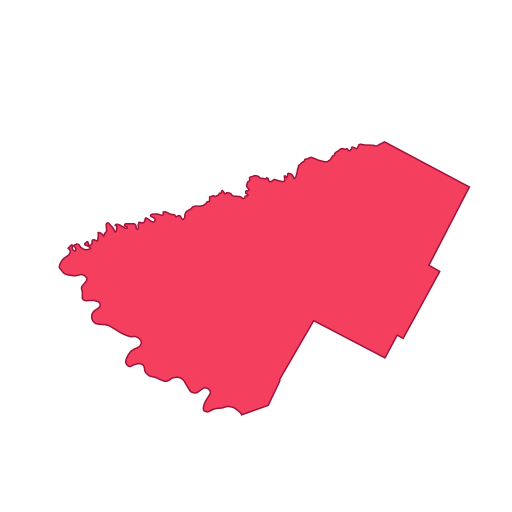 Laishi, Formosa, Argentina, rotated 118°
{"feature_id": "61730980B73783012017414", "entity_name": "Laishi", "entity_type": "district", "adm_level": 2, "iso_a3": "ARG", "parent_name": "Argentina", "parent_adm1": "Formosa", "projection": "robinson", "projection_center": [-58.523, -26.515], "detail": "fine", "context": "isolated", "style": "filled", "palette": "rose", "viewbox_px": 512, "rotation_deg": 118, "n_neighbors": 0, "source": "geoboundaries", "source_scale": "gbopen_adm2", "svg_char_len": 6162}
<svg xmlns="http://www.w3.org/2000/svg" viewBox="0 0 512 512"><g transform="rotate(118 256 256)"><path d="M335.4,425.0L337.3,425.5L337.5,424.8L337.8,423.7L338.5,422.7L339.3,422.1L340.2,421.7L342.9,421.8L347.9,424.3L350.1,425.1L353.0,425.3L355.1,425.3L356.7,425.0L358.5,424.3L359.4,422.5L361.2,418.3L361.5,416.2L361.0,413.2L360.5,411.9L359.3,408.3L358.2,406.0L355.0,402.4L354.5,401.7L353.8,399.4L353.8,398.3L354.1,397.1L354.6,395.8L355.2,394.8L356.1,394.4L357.3,394.1L360.1,394.5L362.6,395.1L364.8,395.4L365.9,395.2L367.0,394.6L369.1,392.6L371.0,391.5L374.6,389.7L375.2,389.0L375.5,388.3L375.7,387.6L375.7,386.6L375.5,385.7L375.3,385.0L373.7,382.6L371.4,378.4L370.4,373.6L370.9,372.1L371.4,371.2L372.4,370.6L373.9,370.2L375.1,370.4L376.8,371.1L380.6,373.2L383.0,373.5L385.0,373.3L387.3,372.3L388.9,371.0L389.8,369.7L390.6,367.7L390.9,366.3L390.7,365.0L390.3,363.7L389.5,361.5L387.4,356.8L386.8,354.5L386.5,352.6L387.2,340.9L387.3,337.9L386.9,332.6L386.0,328.5L384.4,326.0L383.7,324.6L383.5,323.0L383.6,320.9L384.0,319.6L384.9,317.8L385.9,316.9L386.9,316.3L389.1,316.2L390.8,316.5L392.8,317.8L395.3,319.9L399.0,321.8L403.2,322.4L405.5,322.4L408.5,322.1L410.4,321.5L411.9,320.3L412.4,319.4L412.9,318.4L413.1,316.9L413.0,316.2L412.7,315.3L412.0,314.5L410.7,313.7L409.1,312.5L406.4,309.6L405.2,306.9L405.2,304.9L405.8,303.4L406.9,302.3L409.8,300.1L410.8,298.5L411.7,295.4L411.9,294.4L411.8,293.2L410.4,287.6L409.8,279.5L409.4,277.7L409.0,276.7L408.2,275.8L407.1,274.8L404.3,273.3L402.4,272.0L400.2,269.1L399.2,266.1L399.2,263.9L399.6,262.1L400.3,260.5L403.1,256.0L405.9,251.3L406.4,250.1L406.4,248.3L406.1,246.9L405.5,245.4L404.4,243.9L397.1,240.3L396.2,238.9L395.8,237.8L395.7,236.5L396.0,234.6L396.6,233.2L397.8,232.2L399.8,231.8L408.2,232.5L411.5,232.1L414.1,231.5L415.9,230.7L416.9,229.5L417.1,228.8L417.0,227.5L416.7,226.4L416.4,225.7L415.9,225.0L410.8,221.2L408.8,218.8L406.9,215.8L405.6,214.0L402.9,211.4L401.9,210.0L401.1,207.7L400.5,205.7L400.4,203.6L400.6,201.4L401.6,196.6L402.5,194.7L403.0,194.1L382.1,175.1L355.5,176.3L353.2,177.2L286.0,174.7L285.4,94.3L259.6,94.2L259.7,87.4L183.4,86.5L183.0,99.0L94.9,100.0L94.9,196.1L98.7,198.7L99.5,199.5L101.3,200.3L102.4,201.2L102.7,201.5L102.8,201.9L102.8,203.2L103.1,203.9L103.7,205.5L104.9,208.1L106.6,211.3L107.1,212.7L108.2,216.1L109.3,217.3L113.3,217.2L114.3,217.8L114.2,219.9L114.5,221.8L115.0,222.4L116.9,222.1L117.6,222.1L118.7,222.5L119.2,223.0L119.4,223.8L118.6,225.6L118.8,226.3L120.0,227.5L120.4,229.5L121.3,231.2L122.1,231.7L123.3,232.0L124.0,232.6L124.7,232.7L126.3,233.8L127.4,234.4L128.6,234.6L130.0,234.2L131.9,235.3L135.0,235.5L136.8,235.8L137.6,236.5L139.2,237.2L140.0,238.5L141.0,241.0L141.3,242.8L142.2,246.2L142.2,248.0L142.5,249.3L142.6,251.6L142.8,253.2L143.5,254.2L144.4,255.1L145.7,255.8L146.8,257.0L147.4,258.1L148.4,258.2L149.6,257.9L150.3,258.2L151.3,259.0L152.2,259.5L153.7,259.8L156.4,260.9L158.1,260.0L159.0,260.2L160.0,260.0L163.1,258.9L165.9,258.3L167.1,258.0L168.3,258.0L169.0,258.2L169.5,258.5L169.6,258.9L169.5,259.5L168.9,259.8L168.3,260.7L167.7,261.5L167.4,262.3L167.2,263.6L167.5,265.6L167.9,266.3L168.5,266.5L170.0,265.9L172.0,265.6L172.4,265.9L172.3,266.2L171.5,268.0L172.0,268.4L172.5,268.3L174.0,267.3L175.4,266.1L176.3,266.2L177.1,266.5L177.8,267.3L179.2,272.2L179.4,274.7L180.0,275.9L180.7,276.4L181.7,276.6L182.8,277.3L184.0,279.0L183.5,280.1L181.9,281.7L181.9,283.3L183.6,283.6L184.1,285.8L185.2,288.6L184.6,292.0L185.6,294.9L187.2,296.2L188.5,297.7L189.9,298.5L191.3,297.5L192.2,297.1L193.2,297.3L194.0,297.9L194.7,298.1L198.3,297.4L199.3,296.4L199.9,295.0L200.2,293.6L201.1,293.2L201.8,293.5L203.0,295.1L203.6,295.4L204.3,295.1L205.5,294.4L205.6,291.9L206.1,291.6L206.8,291.8L208.3,293.6L210.1,293.4L210.8,293.6L211.4,294.7L211.0,297.1L211.1,298.1L212.3,301.1L213.5,303.3L213.8,304.7L213.6,305.9L212.9,307.1L212.8,307.8L212.8,308.8L213.2,310.0L213.8,311.5L215.1,312.2L215.8,312.7L215.6,313.4L215.0,314.0L214.5,314.8L214.0,316.6L215.1,316.8L215.9,316.4L216.8,316.4L217.9,317.8L219.2,317.7L219.9,317.9L222.3,319.6L222.9,320.3L222.6,321.3L222.8,322.1L223.4,322.6L223.9,322.8L224.3,323.2L224.5,323.7L225.0,324.3L225.5,324.6L226.6,324.3L228.4,323.2L230.0,322.8L230.5,324.0L231.5,324.7L233.1,324.7L235.6,326.0L236.8,326.9L237.9,328.3L238.7,329.5L240.1,332.4L241.2,333.9L242.6,335.0L244.6,335.5L245.8,336.1L247.2,337.1L249.5,338.3L250.9,338.5L252.3,338.3L253.5,337.9L255.3,337.1L257.6,337.2L258.3,337.9L257.7,339.4L256.3,341.4L256.3,342.3L256.6,343.1L257.2,343.8L258.5,344.5L259.0,345.5L258.1,346.6L258.0,347.6L258.7,349.8L259.3,351.0L259.3,354.6L259.6,356.9L260.7,358.6L261.7,358.1L262.9,357.3L264.1,357.6L265.2,362.8L267.5,366.9L268.5,367.8L269.2,368.3L270.0,368.0L270.4,367.4L270.2,365.1L270.7,362.4L271.5,362.0L273.7,361.9L274.4,363.0L274.5,365.6L274.0,368.8L273.9,370.4L274.3,371.3L275.3,371.3L276.8,370.8L277.6,370.7L279.0,370.8L280.5,372.1L280.6,373.3L281.0,374.9L281.2,375.2L284.1,374.5L286.9,372.9L287.8,373.0L288.2,373.9L287.9,374.7L286.3,375.7L285.0,376.9L284.7,378.5L285.4,380.2L286.3,381.6L287.0,383.1L287.6,384.0L288.6,386.2L289.9,386.7L290.8,386.4L291.0,385.1L290.8,384.1L291.0,383.5L291.7,382.8L292.8,383.8L292.9,384.9L292.6,385.8L292.7,388.6L292.6,390.9L292.9,392.0L292.9,392.7L293.5,394.1L294.4,394.7L295.1,394.7L295.1,393.9L295.3,392.9L295.8,392.4L298.3,391.4L299.4,391.1L300.8,391.4L300.3,392.7L299.1,394.2L297.9,396.4L297.4,398.6L296.5,400.4L296.2,402.1L296.6,402.9L298.4,403.2L304.3,399.5L306.2,399.9L307.1,400.3L309.0,399.8L309.9,399.9L309.3,401.3L308.6,403.3L308.8,405.2L309.4,406.4L312.0,404.8L316.9,403.0L317.4,403.8L317.5,405.3L317.7,406.6L318.4,407.7L319.1,407.9L320.6,407.3L321.7,406.6L323.3,406.8L324.4,407.5L324.9,408.5L324.5,409.3L323.5,410.0L322.7,410.9L322.4,411.4L323.0,412.1L325.4,412.9L326.3,412.8L326.5,411.5L326.2,410.0L326.3,406.9L326.7,405.7L327.9,406.0L328.8,407.1L329.8,408.2L330.4,409.5L331.0,411.3L330.6,415.2L329.3,417.3L329.2,418.9L329.5,419.9L330.6,420.5L331.3,421.4L332.2,421.6L332.9,421.0L333.5,419.3L334.1,418.8L335.0,418.2L336.4,418.0L336.8,418.8L336.8,419.7L336.5,420.8L336.0,421.4L335.2,422.0L333.5,422.5L332.6,423.2L332.7,424.0L334.0,424.6L335.4,425.0Z" fill="#f43f5e" stroke="#9f1239" stroke-width="1.5"/></g></svg>